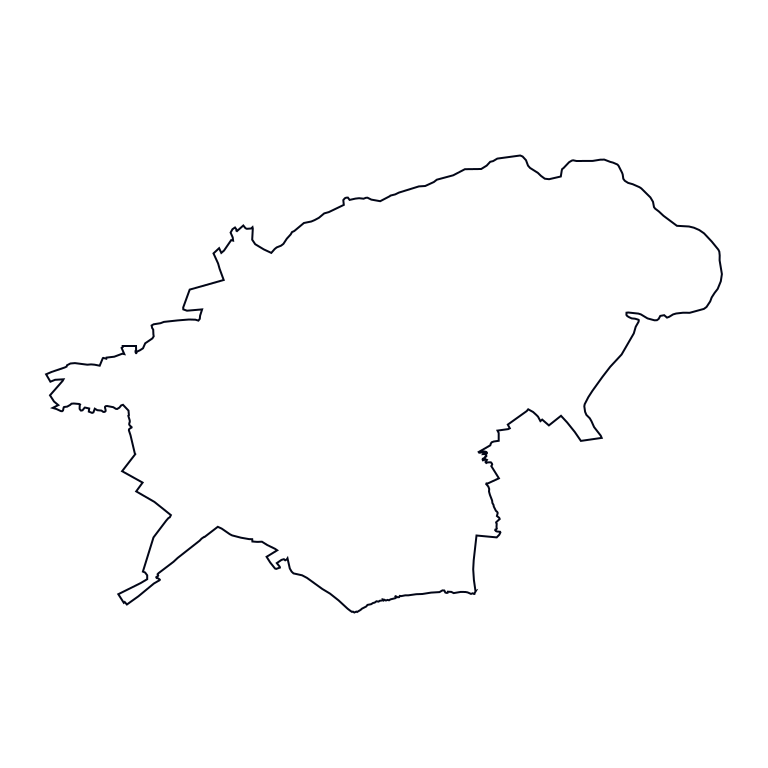 Balc, Bihor, Romania
{"feature_id": "2599482B50567308874625", "entity_name": "Balc", "entity_type": "district", "adm_level": 2, "iso_a3": "ROU", "parent_name": "Romania", "parent_adm1": "Bihor", "projection": "equal_earth", "projection_center": [22.518, 47.312], "detail": "fine", "context": "isolated", "style": "outline", "palette": "ink", "viewbox_px": 768, "rotation_deg": 0, "n_neighbors": 0, "source": "geoboundaries", "source_scale": "gbopen_adm2", "svg_char_len": 6083}
<svg xmlns="http://www.w3.org/2000/svg" viewBox="0 0 768 768"><path d="M475.7,591.2L475.5,591.3L473.9,579.9L473.2,569.3L473.7,560.3L476.5,535.5L496.7,537.4L499.3,534.7L500.4,532.5L500.1,531.8L497.0,531.5L496.0,531.1L495.2,530.2L495.4,529.5L496.2,529.3L496.8,528.6L496.5,527.1L496.7,523.7L496.1,522.7L496.2,522.2L499.7,519.0L499.2,517.8L496.9,516.0L497.7,513.0L497.2,511.9L495.9,510.8L493.8,506.6L493.5,504.9L492.4,503.0L492.1,500.5L489.9,494.8L489.0,491.5L489.2,489.0L488.9,488.1L488.3,486.5L486.2,484.1L486.5,483.4L487.9,483.4L498.9,478.3L491.3,466.1L492.2,464.5L491.9,463.5L490.8,462.3L487.5,462.4L486.3,463.0L485.5,462.0L486.9,459.9L485.0,459.1L484.1,460.0L482.9,460.3L482.6,459.5L482.8,458.8L485.0,457.6L485.2,456.7L486.1,456.5L486.4,456.0L485.7,454.6L484.7,454.0L483.0,454.1L483.3,453.6L483.9,453.1L486.5,453.7L486.9,453.3L486.9,452.6L486.2,451.9L484.4,451.5L483.4,451.6L481.0,452.6L479.2,452.7L478.7,452.0L490.3,445.3L490.8,443.6L491.7,442.3L493.8,441.5L498.7,440.8L498.7,433.0L497.5,430.6L508.2,429.1L509.8,428.3L507.8,424.6L526.7,411.1L528.2,409.3L533.1,412.0L536.2,414.8L538.0,416.6L540.4,421.1L542.2,419.6L548.9,425.4L561.0,415.8L567.1,422.4L574.8,432.0L580.9,440.9L601.7,437.9L600.7,435.6L594.1,427.1L591.5,421.3L589.8,418.3L586.4,414.9L585.1,411.8L584.3,406.3L584.7,404.2L588.3,397.2L592.5,390.7L602.5,376.8L610.2,366.8L621.6,354.5L633.8,333.4L635.7,326.8L638.6,321.7L638.8,320.1L638.1,319.6L635.0,318.7L631.7,318.4L629.1,317.2L627.3,316.1L626.4,314.9L626.5,312.7L628.2,312.5L638.4,313.6L640.9,314.4L647.5,318.4L654.5,320.3L656.9,320.2L658.6,319.0L660.3,315.9L664.2,315.2L667.0,317.6L669.2,316.8L673.1,314.4L676.2,313.5L683.3,312.7L689.7,312.8L703.9,308.9L706.5,307.0L710.2,301.4L711.7,297.4L714.6,292.9L717.7,288.9L720.8,281.3L721.9,274.1L719.6,260.3L719.7,255.4L719.3,251.6L718.3,249.6L711.7,241.5L704.0,233.3L699.2,230.0L693.9,227.7L689.0,226.5L676.9,225.8L663.5,215.8L658.9,211.5L655.1,208.6L654.0,207.1L653.0,201.8L650.4,197.4L641.3,188.4L639.5,187.2L632.7,184.2L628.1,182.9L624.8,180.8L623.3,178.8L622.7,174.5L622.1,172.8L618.5,165.7L617.4,164.5L613.0,162.6L610.3,161.9L604.3,159.6L600.2,159.7L592.8,160.9L576.5,161.0L573.1,160.3L571.8,160.6L569.1,162.2L563.4,168.2L562.3,168.9L561.8,170.2L560.8,176.5L549.1,179.2L544.8,178.7L541.0,175.9L537.9,172.9L530.0,167.9L528.0,165.6L526.0,160.2L522.6,156.5L520.2,155.5L497.3,158.6L493.1,161.1L490.2,161.8L486.7,165.6L481.2,169.0L464.9,169.2L453.2,175.3L436.8,179.7L433.9,182.0L425.2,186.0L418.9,186.4L398.9,192.6L395.2,194.4L390.4,195.6L389.8,196.2L380.2,201.2L371.3,199.6L367.5,197.7L365.9,197.8L363.6,198.7L359.1,198.2L355.5,198.6L349.6,199.9L347.9,197.6L346.1,197.7L344.8,198.3L343.3,200.1L343.8,204.9L328.8,212.1L324.2,213.4L318.9,217.8L314.6,220.1L311.3,221.5L303.9,223.0L294.3,231.0L292.0,232.1L290.7,234.4L286.8,238.7L283.4,243.9L281.0,245.7L276.7,247.4L274.7,249.0L271.3,252.9L263.8,249.4L255.2,244.2L252.2,239.7L252.8,228.6L252.5,227.2L251.1,228.5L246.8,228.8L245.5,228.2L243.3,225.5L237.0,231.1L236.4,230.7L236.4,229.4L235.0,227.5L232.5,229.2L230.6,232.6L232.7,237.4L233.1,240.6L231.2,240.1L224.0,250.6L221.3,252.9L219.1,248.2L213.5,253.4L218.1,263.5L219.6,268.8L223.7,280.0L189.7,289.6L183.2,307.5L183.3,309.4L187.0,310.7L202.1,309.4L200.1,315.7L199.8,318.8L198.4,320.6L195.4,319.7L189.1,319.5L177.8,320.4L163.9,321.9L160.5,323.2L153.6,324.3L151.6,325.5L152.2,328.1L153.2,329.6L153.4,334.3L153.7,336.3L152.4,338.4L145.2,343.3L143.0,348.3L139.9,350.3L137.0,351.6L136.3,353.1L136.0,353.1L135.6,352.4L135.5,351.0L136.1,349.9L136.0,346.0L122.7,346.0L122.8,347.0L121.6,347.9L124.3,354.1L122.3,353.7L114.3,356.7L106.5,357.6L106.3,358.7L103.2,357.9L102.8,358.2L99.7,365.7L94.6,364.7L91.1,364.4L87.3,364.7L74.9,363.1L70.4,363.5L67.0,365.3L66.6,366.6L64.7,367.5L51.7,371.9L46.1,374.3L50.4,381.7L55.1,379.8L63.5,379.3L62.7,380.8L50.0,395.3L54.0,401.5L58.3,405.1L52.7,407.9L56.4,409.0L60.9,411.1L62.1,411.2L63.0,410.5L63.7,407.4L64.1,407.0L67.2,406.6L70.2,404.9L71.5,403.7L73.8,403.5L79.2,404.0L80.1,404.5L79.7,405.4L79.6,408.6L79.8,409.3L81.0,410.6L82.5,410.3L84.7,407.6L85.2,407.6L89.2,408.5L88.8,411.6L92.1,412.9L93.4,412.4L94.8,408.7L97.3,410.2L101.5,410.6L103.1,411.8L104.0,412.0L105.1,411.6L105.6,411.0L105.6,410.0L105.0,407.7L105.1,406.7L105.7,406.2L107.1,406.0L113.3,407.2L115.8,408.8L117.1,409.0L119.4,407.6L121.2,405.4L123.0,404.8L128.5,410.6L128.9,415.2L128.3,415.8L129.7,420.3L129.8,421.9L129.3,423.2L129.2,424.4L129.7,425.4L131.6,427.1L131.6,427.5L129.6,428.7L129.0,429.4L128.9,430.4L130.5,435.2L134.8,453.4L135.3,454.1L122.1,471.2L142.6,482.6L136.2,491.4L154.4,501.9L170.9,515.1L169.8,517.3L168.4,518.1L166.3,520.5L153.5,537.4L142.9,571.6L145.1,572.5L147.2,575.3L147.2,579.2L140.6,583.1L118.3,594.2L123.8,602.8L124.7,602.0L126.9,604.5L138.4,596.3L153.9,583.5L159.7,580.1L159.8,579.6L158.1,578.3L156.8,578.1L156.3,577.5L156.3,577.1L158.1,575.8L158.2,575.4L157.6,574.2L158.5,573.2L173.5,561.8L177.7,557.9L199.6,540.7L201.6,538.6L204.1,536.9L204.5,537.0L217.8,526.8L221.7,528.6L229.8,534.2L232.1,535.4L241.0,537.7L249.0,539.1L252.2,539.2L252.4,541.5L257.3,541.9L261.9,541.7L267.4,545.1L275.0,548.8L277.2,550.3L266.6,556.8L270.2,562.5L275.0,568.5L276.2,568.9L279.9,567.6L279.7,566.7L276.8,563.1L281.5,559.9L283.9,559.2L285.2,560.3L286.7,559.5L287.5,558.3L289.8,568.5L291.6,571.6L293.5,573.4L302.1,575.3L307.0,577.9L322.2,588.9L330.0,593.6L338.6,600.4L347.6,608.7L350.6,611.0L352.0,611.9L352.9,611.6L354.3,612.5L356.3,611.6L357.1,612.0L360.6,609.9L361.9,608.7L366.2,606.5L367.5,604.9L371.1,604.2L373.0,603.0L374.7,602.6L376.4,601.3L378.6,601.6L379.7,600.8L382.5,600.4L382.8,600.2L382.7,599.4L383.4,599.6L383.8,600.4L384.5,599.8L385.9,600.5L387.6,599.9L389.0,600.3L390.4,599.4L395.6,598.1L396.0,597.5L395.4,596.4L395.7,596.2L397.4,597.2L398.8,597.2L399.2,597.1L399.8,595.9L401.3,596.1L405.4,595.3L408.5,595.3L416.3,594.2L422.3,594.0L431.1,592.6L439.5,592.1L442.4,590.4L444.3,590.5L445.3,592.5L446.4,592.9L447.6,592.8L447.9,591.7L451.3,591.9L453.7,593.1L460.8,591.9L465.5,592.0L467.6,592.4L471.0,593.9L472.7,593.3L474.1,594.0L474.5,593.9L474.7,592.9L475.7,591.2Z" fill="none" stroke="#020617" stroke-width="2"/></svg>